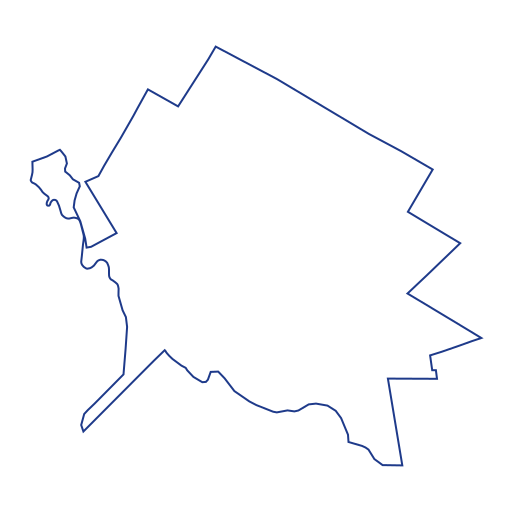 Bujoru, Teleorman, Romania (orthographic projection)
{"feature_id": "2599482B24334179401508", "entity_name": "Bujoru", "entity_type": "district", "adm_level": 2, "iso_a3": "ROU", "parent_name": "Romania", "parent_adm1": "Teleorman", "projection": "orthographic", "projection_center": [25.545, 43.726], "detail": "fine", "context": "isolated", "style": "outline", "palette": "blue", "viewbox_px": 512, "rotation_deg": 0, "n_neighbors": 0, "source": "geoboundaries", "source_scale": "gbopen_adm2", "svg_char_len": 2648}
<svg xmlns="http://www.w3.org/2000/svg" viewBox="0 0 512 512"><path d="M369.0,134.0L367.0,132.8L360.1,128.7L277.2,79.2L215.7,46.6L208.4,59.1L178.1,106.4L147.9,89.4L137.5,108.2L133.3,116.0L121.0,137.5L111.8,152.7L104.2,165.6L98.4,176.1L85.4,181.8L116.6,233.1L99.8,242.1L91.1,246.8L86.6,247.6L85.2,238.7L80.3,221.3L73.7,207.4L74.6,200.4L76.6,193.4L79.8,186.3L79.1,182.8L72.9,179.3L69.8,175.3L66.0,172.2L65.2,171.6L65.0,168.5L66.9,163.5L65.4,156.5L62.4,152.7L61.0,151.0L59.9,149.8L58.1,150.6L46.9,156.5L32.4,161.7L32.6,169.6L32.5,172.3L32.0,174.9L31.4,177.3L30.9,179.3L30.7,180.0L30.9,180.8L31.4,181.6L32.0,182.4L32.9,182.9L34.3,183.5L35.8,184.4L38.9,187.2L41.1,189.9L42.5,192.0L44.3,193.7L47.0,195.7L48.1,196.6L48.5,197.4L48.7,198.5L48.3,199.6L47.4,201.0L46.9,202.3L46.7,203.4L46.7,204.3L46.9,204.9L47.4,205.5L48.1,205.7L48.7,205.7L49.2,205.6L49.7,205.1L50.1,204.5L50.3,203.6L50.7,202.5L51.3,201.6L52.1,200.7L52.9,200.1L53.5,199.9L54.4,199.9L55.0,199.9L55.6,200.1L56.3,200.5L56.7,200.9L57.2,201.7L59.0,205.7L60.5,210.7L61.2,213.2L61.9,214.8L63.4,216.3L64.7,217.3L66.3,218.2L67.7,218.5L69.0,218.6L72.0,217.9L73.9,217.6L75.6,217.9L77.0,218.3L78.3,218.9L79.1,219.8L79.8,221.0L80.7,223.5L81.6,226.9L83.4,234.0L83.8,236.0L83.8,238.2L83.6,240.2L83.0,244.5L82.4,250.4L81.8,256.4L81.3,260.8L81.2,261.8L81.3,262.6L81.5,263.6L82.2,265.0L83.7,266.8L85.0,267.7L86.3,268.5L87.3,268.7L88.3,268.5L89.9,268.2L91.6,267.4L93.9,265.6L96.4,262.3L97.5,261.0L98.7,260.3L100.4,259.7L102.0,259.8L103.5,260.1L104.7,260.7L105.9,261.5L107.2,262.9L108.2,265.3L108.8,267.2L109.0,269.3L109.0,273.5L109.1,275.9L109.5,277.3L110.1,278.4L110.9,279.4L112.7,280.4L115.4,282.4L117.2,284.0L117.8,285.1L118.2,286.5L118.6,288.6L118.5,293.2L118.5,295.9L122.6,310.3L125.9,317.1L127.1,326.9L125.6,348.8L123.5,374.4L94.5,403.7L87.8,410.1L84.2,414.0L81.2,425.0L83.4,431.5L149.4,365.2L154.1,360.5L164.7,350.2L165.7,351.3L166.0,352.0L166.9,353.2L169.2,355.8L172.4,358.9L181.4,365.6L185.4,367.7L185.8,368.0L186.1,368.5L187.2,370.3L193.4,376.9L202.3,382.2L205.9,381.9L207.9,379.7L210.7,371.9L218.2,371.6L224.6,378.3L234.4,391.1L249.3,401.4L256.4,405.1L273.1,411.7L276.8,412.4L287.5,410.4L294.4,411.4L298.4,410.5L308.7,404.4L316.0,403.6L327.5,405.6L335.7,410.8L341.1,418.1L348.0,434.7L348.5,442.0L362.0,445.9L365.5,447.5L368.5,449.6L374.4,459.1L382.6,465.1L402.3,465.4L387.9,378.6L437.0,378.8L435.9,370.2L432.2,370.2L430.1,355.4L441.6,351.8L459.8,345.5L472.0,341.1L481.3,338.0L466.3,328.9L440.1,313.1L417.8,299.7L407.5,293.5L426.3,275.8L449.5,253.5L460.2,243.2L444.3,233.7L423.5,221.2L407.9,211.8L417.8,194.9L432.7,169.5L401.2,151.2L369.0,134.0Z" fill="none" stroke="#1e3a8a" stroke-width="2"/></svg>